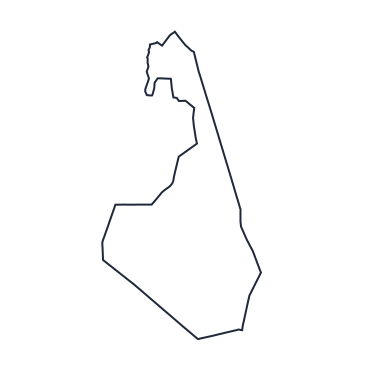 outline of Reifi Khashm Elgirba, Kassala, Sudan, rotated 221°
{"feature_id": "16777658B57943425693206", "entity_name": "Reifi Khashm Elgirba", "entity_type": "district", "adm_level": 2, "iso_a3": "SDN", "parent_name": "Sudan", "parent_adm1": "Kassala", "projection": "albers", "projection_center": [35.198, 15.581], "detail": "fine", "context": "isolated", "style": "outline", "palette": "slate", "viewbox_px": 384, "rotation_deg": 221, "n_neighbors": 0, "source": "geoboundaries", "source_scale": "gbopen_adm2", "svg_char_len": 2823}
<svg xmlns="http://www.w3.org/2000/svg" viewBox="0 0 384 384"><g transform="rotate(221 192 192)"><path d="M91.0,84.9L90.9,85.0L90.7,85.3L90.5,85.6L90.4,85.7L90.3,85.8L90.2,86.0L90.0,86.3L89.9,86.4L89.9,86.5L89.7,86.7L89.4,87.2L89.3,87.3L89.1,87.5L88.9,87.8L88.8,88.0L88.7,88.0L88.4,88.5L88.0,89.0L87.7,89.5L87.3,89.9L87.2,90.1L86.6,91.0L85.8,92.0L84.9,93.2L84.9,93.3L84.6,93.7L84.2,94.1L83.8,94.7L83.6,95.0L82.8,96.1L82.7,96.2L82.2,96.9L82.1,97.0L80.9,98.7L80.0,100.0L78.8,101.7L77.5,103.5L72.9,109.9L72.1,111.0L68.1,116.6L66.6,118.8L63.9,120.3L63.5,120.6L66.0,124.4L66.4,125.1L66.6,125.5L67.9,128.0L69.6,131.1L70.1,132.0L76.8,144.2L80.7,151.4L83.1,160.8L87.1,176.4L94.6,180.4L106.6,186.9L107.1,187.2L119.5,192.0L132.4,198.1L136.2,201.7L144.0,210.7L144.3,210.9L144.4,211.0L144.5,211.0L145.2,211.4L147.0,212.6L148.6,213.6L149.0,213.9L154.1,217.1L156.7,218.7L167.6,225.7L185.1,236.7L216.2,256.3L235.6,268.5L246.2,275.0L246.6,275.3L257.5,282.1L258.5,282.7L259.9,283.6L263.3,285.7L265.7,287.1L270.2,290.3L272.8,292.1L276.2,294.5L279.6,296.9L282.2,298.7L282.5,298.9L282.7,299.0L285.1,298.3L287.9,298.4L288.6,298.4L291.4,298.5L294.0,298.6L295.5,298.9L296.4,299.0L299.5,299.6L301.9,300.0L303.2,300.3L304.8,300.6L305.9,300.8L307.8,301.2L308.2,301.3L309.3,301.5L309.5,301.6L309.8,301.6L310.1,301.7L310.3,300.7L311.0,298.2L311.3,296.9L311.5,295.2L311.3,292.6L311.2,291.1L310.6,282.8L316.6,282.2L316.6,281.2L318.2,278.9L319.1,277.7L319.5,277.1L319.6,276.9L319.8,276.6L320.0,276.4L320.3,276.0L320.5,275.7L318.7,273.5L317.9,270.5L317.3,270.2L316.3,269.6L316.2,269.4L316.0,269.0L315.4,267.6L315.3,267.3L315.1,266.8L314.2,264.2L313.2,263.8L312.9,263.5L311.4,261.7L311.0,261.2L310.2,260.3L309.6,259.9L307.1,258.0L306.9,257.4L306.0,255.4L305.2,253.2L303.5,252.1L302.3,251.4L302.2,251.3L300.5,250.4L298.9,249.4L298.7,248.7L297.9,247.0L296.5,243.4L294.9,239.5L294.6,238.8L293.9,238.0L293.3,237.2L289.6,235.5L286.5,237.7L285.8,238.4L285.5,238.7L285.9,240.0L288.2,244.8L289.1,246.3L291.9,249.9L292.1,251.9L292.5,255.2L291.1,256.5L282.3,263.5L282.2,263.4L281.8,263.1L281.6,263.0L280.6,262.0L279.9,261.4L278.0,259.6L277.1,258.8L276.6,258.3L275.5,257.2L268.1,251.2L265.2,253.0L261.5,252.1L256.8,256.6L254.7,256.7L250.8,256.7L249.7,256.8L245.5,256.9L239.8,248.6L234.2,243.3L224.0,234.7L220.0,231.8L220.3,230.6L220.6,229.3L225.2,210.0L222.2,204.2L220.3,200.5L215.7,191.8L213.4,188.1L212.6,185.7L212.4,183.5L212.6,181.0L213.8,176.1L213.9,175.4L214.3,173.1L214.5,171.6L214.4,169.5L214.3,165.7L214.2,161.1L214.2,156.0L215.1,155.2L225.1,146.5L229.5,142.6L236.3,136.8L237.3,135.8L241.5,132.2L241.0,131.0L240.3,129.3L238.4,124.5L236.2,119.0L234.9,115.7L233.6,112.6L228.6,99.9L227.5,96.9L226.7,95.4L226.4,94.9L226.3,94.7L223.8,92.1L223.2,91.5L219.6,87.7L214.5,82.3L174.4,84.2L109.7,84.6L91.0,84.9Z" fill="none" stroke="#1e293b" stroke-width="2"/></g></svg>